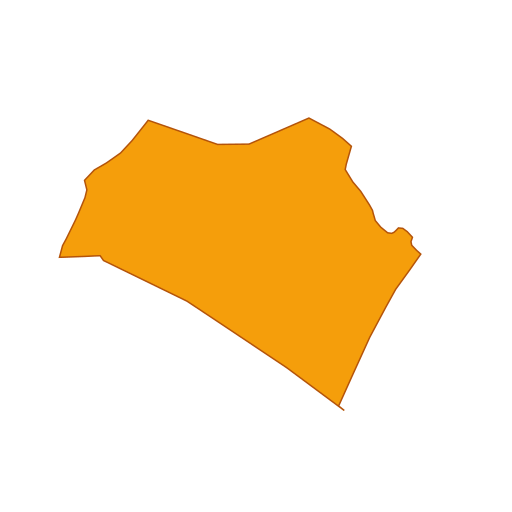 the district of Nyala Shimal, Southern Darfur, Sudan, rotated 137°
{"feature_id": "16777658B77538778882228", "entity_name": "Nyala Shimal", "entity_type": "district", "adm_level": 2, "iso_a3": "SDN", "parent_name": "Sudan", "parent_adm1": "Southern Darfur", "projection": "albers", "projection_center": [24.663, 12.429], "detail": "fine", "context": "isolated", "style": "filled", "palette": "amber", "viewbox_px": 512, "rotation_deg": 137, "n_neighbors": 0, "source": "geoboundaries", "source_scale": "gbopen_adm2", "svg_char_len": 937}
<svg xmlns="http://www.w3.org/2000/svg" viewBox="0 0 512 512"><g transform="rotate(137 256 256)"><path d="M242.3,428.8L247.3,428.0L267.9,424.9L284.8,423.7L302.2,426.1L315.5,429.2L329.8,428.3L334.6,419.7L341.3,415.3L356.3,408.5L363.3,405.5L383.2,397.9L390.4,395.5L400.6,389.1L397.8,386.6L381.3,372.3L374.3,366.4L369.8,362.5L370.6,356.7L337.3,270.1L332.2,248.7L328.6,233.6L309.7,153.3L296.8,82.8L297.8,90.0L264.4,104.0L228.2,119.0L195.8,130.1L176.5,136.4L152.6,141.1L134.2,145.0L134.7,150.6L134.8,157.6L132.9,160.8L130.6,162.0L128.8,163.0L128.8,170.7L129.8,176.1L132.7,179.4L136.0,179.2L138.8,179.2L141.3,180.0L143.9,183.2L145.1,192.0L144.8,197.0L144.6,200.6L143.2,203.3L141.2,207.3L139.7,209.9L138.2,215.9L135.3,231.9L134.7,244.1L131.8,258.4L130.1,259.6L127.5,261.5L111.4,271.2L112.5,283.0L115.5,298.5L123.2,320.8L184.8,342.6L208.0,363.8L212.0,371.4L236.8,418.4L242.3,428.8Z" fill="#f59e0b" stroke="#b45309" stroke-width="1.5"/></g></svg>